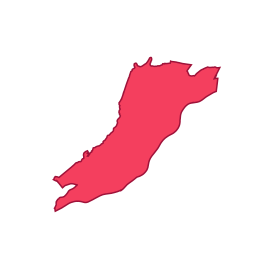 the district of Buren, Gelderland, Netherlands, rotated 140°
{"feature_id": "6326949B23052371147455", "entity_name": "Buren", "entity_type": "district", "adm_level": 2, "iso_a3": "NLD", "parent_name": "Netherlands", "parent_adm1": "Gelderland", "projection": "robinson", "projection_center": [5.42, 51.93], "detail": "fine", "context": "isolated", "style": "filled", "palette": "rose", "viewbox_px": 256, "rotation_deg": 140, "n_neighbors": 0, "source": "geoboundaries", "source_scale": "gbopen_adm2", "svg_char_len": 5597}
<svg xmlns="http://www.w3.org/2000/svg" viewBox="0 0 256 256"><g transform="rotate(140 128 128)"><path d="M151.9,133.9L153.2,133.5L154.2,133.5L155.0,133.7L155.7,133.5L156.1,133.4L156.4,132.7L156.7,132.5L156.9,132.5L157.2,132.4L157.8,132.6L158.7,132.9L159.4,132.7L160.1,132.6L160.9,132.8L161.7,132.9L162.3,133.3L163.7,133.9L164.7,134.2L165.0,134.2L165.8,134.2L167.4,135.1L169.9,133.5L170.6,133.8L171.4,133.0L171.8,133.2L174.5,133.3L174.2,132.7L174.6,132.6L176.5,132.0L177.1,132.5L174.6,133.4L175.1,134.3L175.3,134.6L175.4,134.9L174.0,134.9L173.7,136.6L175.0,137.0L175.9,137.2L177.1,137.2L178.0,137.1L178.3,136.9L179.5,135.9L179.8,135.4L180.1,134.7L180.9,133.8L181.1,133.4L181.6,133.2L181.8,133.2L182.6,133.6L183.0,133.6L183.9,133.3L184.2,133.2L184.6,132.8L185.7,132.6L185.8,132.6L186.0,132.8L186.7,133.4L187.4,133.8L187.9,134.0L188.7,133.9L189.0,133.9L189.3,134.1L189.8,134.6L190.4,134.7L191.3,134.7L192.3,134.5L197.4,134.4L211.6,134.5L212.5,134.4L212.8,134.6L213.2,135.5L214.2,136.8L214.5,137.0L215.0,137.2L215.1,137.3L215.1,137.5L216.2,137.3L216.7,137.0L217.6,136.5L217.8,136.4L218.3,136.4L217.7,134.9L216.9,133.3L216.7,133.3L216.4,133.4L216.5,131.5L216.4,131.5L216.5,127.8L216.6,125.5L216.6,124.7L216.6,124.3L216.0,124.3L213.9,124.4L213.0,124.3L210.0,123.1L208.5,122.5L207.6,122.1L206.8,121.4L206.1,120.7L205.6,120.1L204.3,118.1L203.6,117.3L203.5,117.1L203.9,116.9L205.1,117.0L206.6,116.8L207.6,116.8L209.4,117.0L212.4,117.9L213.6,117.9L214.4,117.8L215.3,117.4L216.4,117.1L218.3,116.7L220.8,116.5L221.2,116.6L222.6,117.1L223.8,117.9L224.3,118.3L224.5,118.4L225.5,118.6L226.9,118.2L227.5,118.5L227.8,118.5L228.9,118.0L229.3,118.0L230.4,117.6L230.6,117.4L230.6,117.2L231.1,116.9L231.3,116.7L232.2,115.5L232.4,115.3L234.9,114.1L235.6,113.8L235.9,113.8L235.9,113.6L235.7,113.5L235.7,113.4L236.7,111.9L237.2,111.0L230.2,109.4L222.9,108.4L221.1,108.1L219.3,107.5L218.4,107.1L216.8,106.4L215.7,105.8L214.6,105.1L213.7,104.3L212.8,103.6L211.3,101.9L209.7,99.7L209.2,99.0L208.5,98.3L207.8,97.8L207.0,97.4L206.1,97.0L205.2,96.8L201.1,95.8L198.0,95.2L195.7,94.7L193.0,94.1L190.2,93.2L188.3,92.2L187.4,91.7L182.8,88.8L180.0,87.4L177.1,86.1L175.1,85.4L173.4,85.0L173.6,84.6L172.5,84.5L170.6,84.5L165.3,85.2L164.6,85.2L162.3,85.1L158.7,84.8L155.1,84.7L153.2,84.7L152.3,84.5L150.1,83.6L148.3,83.2L147.2,83.0L146.1,82.9L145.3,82.9L143.9,83.0L142.6,83.2L140.9,83.6L139.6,84.2L138.2,85.0L134.7,87.9L133.8,88.6L132.0,89.7L129.9,90.6L127.5,91.3L124.4,91.9L124.1,92.0L123.9,92.0L120.3,92.8L118.5,93.2L116.4,93.9L113.3,95.1L112.0,95.5L110.8,95.8L108.8,96.2L107.6,96.3L106.2,96.4L104.3,96.3L101.6,96.0L97.6,95.1L96.3,94.9L94.8,94.9L93.6,94.9L92.2,95.1L90.9,95.4L90.0,95.6L88.5,96.2L87.5,96.7L86.5,97.3L85.5,98.1L84.2,99.3L83.2,100.5L81.7,101.9L79.9,103.7L78.8,104.6L77.9,105.2L76.6,105.9L75.2,106.4L72.9,107.1L70.5,107.6L69.3,107.7L67.2,107.7L66.1,107.5L65.0,107.2L62.4,106.0L62.6,105.9L58.5,103.4L57.0,102.7L56.2,102.4L55.3,102.2L53.5,101.9L51.7,101.8L48.7,101.7L47.0,101.5L44.6,101.1L41.6,100.6L39.9,100.3L38.2,99.8L36.9,99.3L29.4,106.3L27.3,108.3L28.9,109.6L30.3,110.3L28.9,111.0L28.6,110.6L26.7,111.5L27.1,111.8L26.2,112.1L18.8,115.3L20.2,116.2L21.2,117.0L21.7,118.0L22.1,118.8L22.8,119.2L23.4,119.4L24.1,120.1L26.1,121.5L27.0,122.3L27.3,122.9L27.3,123.2L27.1,123.3L27.3,123.3L27.6,123.4L30.3,124.3L32.2,124.8L32.4,124.7L32.5,124.8L33.7,125.2L35.2,125.5L40.6,125.6L42.5,125.2L43.6,125.2L43.8,125.7L44.6,126.2L45.5,126.7L46.1,127.2L46.4,127.5L46.7,128.0L47.1,128.6L47.1,128.8L47.2,129.2L47.2,129.8L46.8,130.6L46.6,131.7L46.5,131.9L46.5,132.0L46.3,132.4L46.2,133.0L46.2,133.7L45.4,134.1L38.9,135.7L44.8,142.3L47.1,145.4L47.8,146.2L48.8,147.6L51.1,150.1L51.7,150.7L52.3,151.6L52.4,151.8L53.9,150.5L57.0,152.5L58.2,153.7L58.3,153.6L58.5,153.5L58.9,153.8L59.2,154.0L59.3,154.1L59.9,154.6L59.9,154.8L60.2,154.9L61.2,154.5L61.4,154.5L61.7,154.6L62.3,154.9L63.7,155.2L64.7,156.0L65.1,156.4L66.6,157.0L66.9,157.2L67.2,157.6L67.9,158.0L68.7,158.8L69.5,159.9L70.0,160.2L70.4,160.6L70.5,160.8L70.5,161.2L70.5,162.0L70.4,162.4L69.9,162.8L69.5,163.3L69.4,163.4L68.7,163.5L68.4,163.7L67.9,164.2L66.9,164.5L66.3,164.9L65.9,165.2L65.4,165.8L65.1,166.4L64.9,166.9L65.0,167.2L65.2,167.4L65.7,167.6L66.1,167.7L66.5,167.7L67.8,167.1L69.1,166.7L70.0,166.3L71.6,166.0L72.6,165.8L72.9,165.8L73.8,166.0L77.1,166.3L78.1,166.5L79.2,167.1L79.6,167.5L79.8,168.1L80.2,168.7L80.6,169.5L80.6,170.0L80.2,170.9L80.1,171.6L80.1,172.3L80.2,172.5L80.3,172.6L80.8,172.9L81.7,173.1L82.2,173.0L82.5,172.5L83.0,172.2L83.4,171.4L83.6,170.4L83.7,170.1L84.3,169.7L84.5,169.7L84.9,169.7L85.6,170.0L86.8,170.1L87.2,170.1L87.3,170.0L87.6,169.5L87.9,169.4L88.9,169.2L89.5,169.4L93.2,167.1L93.6,166.7L94.8,166.0L95.1,166.0L100.3,163.0L102.9,161.4L107.9,158.3L108.2,158.1L108.3,158.2L109.8,157.2L109.7,157.1L114.2,154.5L114.3,154.3L114.7,154.4L116.2,153.7L117.4,153.4L117.5,153.3L118.6,153.1L118.8,152.9L119.1,152.4L119.6,151.9L119.7,151.6L119.8,151.4L119.8,150.4L120.4,150.1L120.7,149.9L121.5,148.8L121.6,148.6L121.7,148.4L121.7,147.8L121.8,147.6L122.0,147.4L122.3,147.3L123.0,147.2L124.1,146.6L124.5,146.0L125.1,145.5L125.2,145.2L125.1,144.7L125.3,144.2L125.7,143.9L125.9,143.7L125.8,143.1L125.9,142.8L126.0,142.3L126.2,142.1L127.4,141.5L128.7,141.3L129.9,141.2L130.7,141.0L131.4,140.7L131.8,140.3L132.0,140.1L132.6,138.8L132.9,138.5L133.5,138.2L135.3,137.2L135.9,137.0L136.9,136.9L137.7,136.9L138.6,137.0L139.2,137.0L139.5,136.8L140.7,135.5L141.1,135.2L141.7,135.1L142.8,135.0L144.6,135.1L145.5,134.9L146.8,134.6L147.1,134.7L148.2,135.3L148.7,135.3L149.2,135.1L150.1,134.5L150.5,134.2L151.9,133.9Z" fill="#f43f5e" stroke="#9f1239" stroke-width="1.5"/></g></svg>